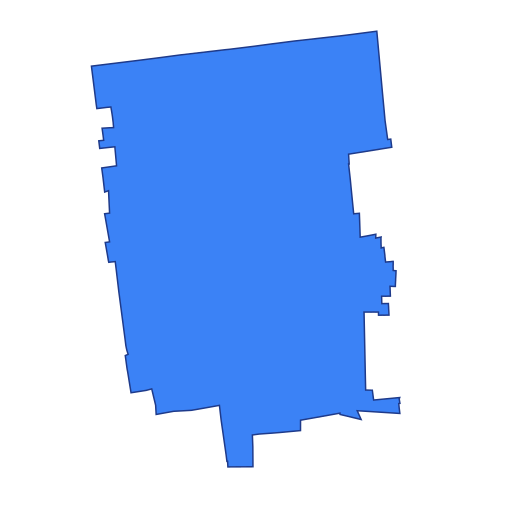 Calakmul, Campeche, Mexico (Natural Earth projection), rotated 173°
{"feature_id": "50627088B56172328383937", "entity_name": "Calakmul", "entity_type": "district", "adm_level": 2, "iso_a3": "MEX", "parent_name": "Mexico", "parent_adm1": "Campeche", "projection": "natural_earth1", "projection_center": [-89.72, 18.488], "detail": "fine", "context": "isolated", "style": "filled", "palette": "blue", "viewbox_px": 512, "rotation_deg": 173, "n_neighbors": 0, "source": "geoboundaries", "source_scale": "gbopen_adm2", "svg_char_len": 3289}
<svg xmlns="http://www.w3.org/2000/svg" viewBox="0 0 512 512"><g transform="rotate(173 256 256)"><path d="M108.7,464.4L135.6,464.2L140.0,464.2L145.6,464.2L154.4,464.3L191.7,464.7L192.1,464.7L210.2,464.6L213.2,464.6L214.3,464.6L224.3,464.5L232.7,464.4L233.4,464.4L240.7,464.4L251.7,464.4L257.2,464.4L260.9,464.5L306.5,464.8L327.2,464.6L349.5,464.5L350.3,464.5L351.0,464.5L352.6,464.5L354.6,464.5L356.1,464.5L357.9,464.5L359.4,464.5L362.0,464.5L364.7,464.5L366.7,464.5L368.6,464.5L370.5,464.5L371.7,464.5L375.0,464.5L376.4,464.5L377.6,464.5L380.4,464.5L382.3,464.5L383.6,464.5L386.2,464.5L396.2,464.5L396.1,425.9L396.0,421.7L385.9,421.7L383.0,421.6L382.9,421.6L381.9,421.6L381.7,418.0L381.7,417.9L381.6,415.6L381.5,411.9L381.5,410.7L381.5,409.6L381.5,405.1L381.6,404.5L381.6,404.2L381.6,403.6L381.6,402.8L381.7,400.8L384.5,401.0L385.3,401.1L393.2,401.6L393.1,394.6L393.1,394.4L393.1,393.9L393.1,393.5L393.1,392.9L393.1,391.7L393.1,389.4L398.0,389.5L398.0,388.2L398.0,383.5L398.0,381.8L396.2,381.8L389.1,381.7L382.8,381.6L383.4,362.5L392.9,362.3L393.0,362.3L398.4,362.2L398.3,352.9L398.4,337.9L394.4,338.8L396.1,316.4L401.1,316.4L399.6,287.9L401.8,287.8L404.0,287.8L403.3,274.4L403.1,269.6L402.9,267.7L400.7,267.7L396.4,267.6L396.4,260.1L396.4,259.9L396.5,237.0L396.1,190.0L396.1,183.0L395.9,180.3L395.8,179.3L395.6,177.7L394.9,174.0L397.9,173.1L397.7,159.5L397.5,156.7L397.1,146.1L396.7,135.5L381.4,136.0L375.7,136.8L373.8,120.1L374.4,110.9L356.7,111.9L338.9,110.7L327.0,111.3L310.5,112.2L310.6,97.4L309.9,62.4L309.9,55.7L309.2,55.7L309.6,50.1L284.7,47.2L282.4,67.0L281.4,78.8L274.6,78.9L260.8,78.2L253.7,77.9L233.1,77.3L231.8,87.6L202.3,89.2L191.8,89.8L191.9,88.5L171.6,80.9L174.4,90.1L132.4,82.2L132.4,87.7L132.3,92.2L131.1,92.2L131.3,96.9L130.9,97.4L130.6,98.0L156.8,98.7L156.9,108.6L163.5,109.6L162.1,123.6L157.2,171.5L155.6,187.2L149.3,186.4L148.7,186.3L147.5,186.2L145.7,186.0L144.4,185.8L143.8,185.7L142.7,185.6L141.3,185.4L141.5,183.4L141.6,182.3L139.8,182.1L137.8,181.9L135.8,181.6L133.3,181.4L131.3,181.1L131.2,181.1L130.9,185.2L130.8,187.1L130.6,189.3L130.5,191.4L130.4,192.7L136.9,193.4L136.8,194.8L136.4,199.0L136.3,200.2L136.2,200.8L133.8,200.5L132.4,200.3L131.3,200.2L130.5,200.1L130.0,200.1L129.5,200.0L129.0,200.0L128.5,199.9L128.0,199.8L127.5,199.8L126.8,208.3L126.7,209.6L125.9,209.5L125.3,209.4L124.1,209.2L123.0,209.0L122.7,209.0L122.5,208.9L121.4,208.8L121.2,210.2L120.6,213.7L120.4,214.7L120.2,216.1L119.8,218.3L119.3,221.1L118.8,224.3L119.8,224.5L120.7,224.7L120.8,224.7L121.6,224.9L121.2,228.5L121.2,229.0L120.9,230.7L120.5,233.9L121.4,234.0L122.4,234.0L123.3,234.0L128.1,234.2L128.1,234.3L128.1,234.8L128.1,235.4L128.1,236.3L128.1,237.1L128.1,237.3L128.1,238.0L128.1,239.6L128.0,240.9L128.0,241.6L128.0,242.6L128.0,242.9L128.0,243.5L128.0,244.0L128.0,244.9L128.0,245.3L128.0,246.2L128.0,247.3L128.0,247.6L128.0,249.0L128.5,249.0L129.2,248.9L130.0,248.8L130.5,248.7L130.8,248.7L130.6,250.4L130.5,252.0L130.3,254.0L130.2,255.0L130.1,255.8L129.9,257.5L129.8,258.6L129.5,259.6L135.0,259.2L134.4,263.0L143.2,262.4L150.3,262.0L148.9,277.6L148.2,285.8L153.9,286.0L153.3,312.2L153.1,319.8L152.9,336.1L152.3,336.0L151.7,345.8L108.0,347.4L108.0,355.6L111.1,355.6L111.4,374.8L111.1,384.3L110.6,402.2L108.7,464.4Z" fill="#3b82f6" stroke="#1e3a8a" stroke-width="1.5"/></g></svg>